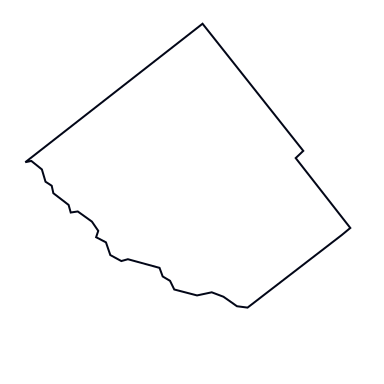 Hopkins, Texas, United States of America, rotated 232°
{"feature_id": "52423323B1297205264682", "entity_name": "Hopkins", "entity_type": "district", "adm_level": 2, "iso_a3": "USA", "parent_name": "United States of America", "parent_adm1": "Texas", "projection": "robinson", "projection_center": [-95.58, 33.169], "detail": "fine", "context": "isolated", "style": "outline", "palette": "ink", "viewbox_px": 384, "rotation_deg": 232, "n_neighbors": 0, "source": "geoboundaries", "source_scale": "gbopen_adm2", "svg_char_len": 518}
<svg xmlns="http://www.w3.org/2000/svg" viewBox="0 0 384 384"><g transform="rotate(232 192 192)"><path d="M318.1,303.9L318.1,79.0L315.4,84.5L302.2,87.6L290.3,82.9L283.3,85.3L276.4,82.0L257.8,86.8L250.5,83.8L247.0,90.0L230.3,94.9L219.1,94.2L215.4,88.6L205.3,93.2L192.6,88.8L181.1,93.8L178.5,100.1L152.2,119.7L143.5,116.9L135.5,120.0L126.1,118.0L107.4,132.3L100.8,145.8L90.1,152.3L74.3,157.1L66.7,164.6L65.9,283.5L66.2,294.6L154.9,294.6L155.9,305.0L318.1,303.9Z" fill="none" stroke="#020617" stroke-width="2"/></g></svg>